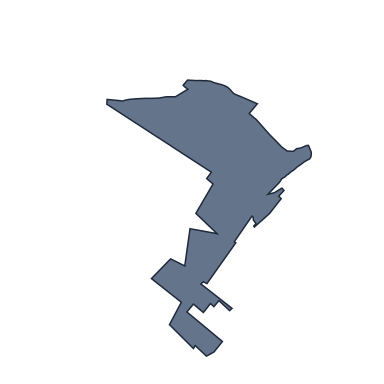 the district of Guadalupe Etla, Oaxaca, Mexico, rotated 133°
{"feature_id": "50627088B16387311054674", "entity_name": "Guadalupe Etla", "entity_type": "district", "adm_level": 2, "iso_a3": "MEX", "parent_name": "Mexico", "parent_adm1": "Oaxaca", "projection": "equal_earth", "projection_center": [-96.805, 17.176], "detail": "fine", "context": "isolated", "style": "filled", "palette": "slate", "viewbox_px": 384, "rotation_deg": 133, "n_neighbors": 0, "source": "geoboundaries", "source_scale": "gbopen_adm2", "svg_char_len": 1890}
<svg xmlns="http://www.w3.org/2000/svg" viewBox="0 0 384 384"><g transform="rotate(133 192 192)"><path d="M283.0,162.6L279.9,124.6L304.4,118.0L305.5,84.2L302.1,84.9L302.2,69.5L293.9,66.8L280.6,67.8L283.2,113.9L273.0,114.5L272.4,101.5L261.0,102.4L260.9,97.8L253.1,98.2L253.1,83.6L249.8,83.4L253.2,122.8L250.0,122.5L248.8,118.6L237.2,120.2L201.1,125.1L199.3,125.3L199.7,127.1L168.8,131.7L168.7,130.1L170.6,128.1L171.6,123.5L174.8,123.7L175.1,122.5L154.8,120.6L141.3,121.8L136.1,122.2L135.9,125.7L128.1,125.8L127.8,128.9L136.4,131.3L141.8,134.9L125.3,134.6L121.0,135.4L118.6,134.6L116.9,134.3L114.9,134.2L112.8,133.6L109.7,133.4L106.2,132.5L102.1,132.2L97.2,131.1L93.1,130.4L89.7,129.3L87.9,128.6L85.7,128.8L84.1,129.7L82.9,130.6L81.5,132.0L79.7,135.9L78.5,138.6L79.8,139.9L85.7,142.5L88.9,145.0L93.2,145.6L97.1,150.4L97.9,157.1L97.5,163.8L97.1,174.5L95.3,192.9L95.2,193.9L95.4,198.0L95.6,203.7L94.9,203.7L93.5,203.8L83.2,204.4L82.9,204.4L87.5,217.4L91.4,227.8L91.4,228.2L91.5,229.5L91.4,231.4L91.1,233.5L91.1,235.0L91.1,236.6L91.1,237.3L91.3,238.0L91.6,239.2L92.0,240.3L92.2,241.0L93.3,243.6L93.7,244.3L94.9,246.5L97.0,250.4L97.2,251.0L97.9,253.0L98.2,253.8L98.6,254.4L99.6,255.7L100.0,256.2L100.9,257.7L101.2,258.0L102.0,258.6L104.3,261.4L105.1,262.3L105.7,262.9L107.1,264.3L109.3,266.9L113.2,271.6L120.0,271.3L120.1,269.0L120.0,268.4L119.9,267.4L119.6,265.1L133.7,269.1L139.7,275.6L145.9,280.3L150.1,284.4L150.2,284.6L152.4,286.8L155.1,289.8L157.9,292.5L161.8,296.3L165.3,299.5L167.9,301.7L170.8,303.7L172.6,304.6L175.5,308.5L182.2,317.2L184.9,315.0L185.9,314.2L185.1,309.7L184.0,303.5L180.4,282.8L180.2,281.9L180.1,281.0L179.3,276.8L176.4,260.0L175.4,254.5L172.6,238.9L172.5,237.9L170.9,228.9L170.6,227.1L164.3,191.4L172.2,190.4L171.8,182.1L205.0,174.6L205.4,145.3L220.2,168.4L251.0,146.9L255.5,162.0L262.4,162.2L283.0,162.6Z" fill="#64748b" stroke="#1e293b" stroke-width="1.5"/></g></svg>